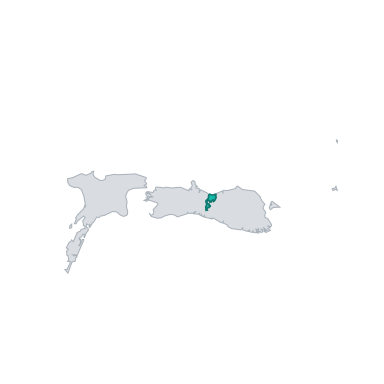 Timaru District, Canterbury, New Zealand (highlighted), rotated 235°
{"feature_id": "76426892B42496743885166", "entity_name": "Timaru District", "entity_type": "district", "adm_level": 2, "iso_a3": "NZL", "parent_name": "New Zealand", "parent_adm1": "Canterbury", "projection": "natural_earth1", "projection_center": [171.008, -43.976], "detail": "fine", "context": "in_parent", "style": "filled", "palette": "teal", "viewbox_px": 384, "rotation_deg": 235, "n_neighbors": 0, "source": "geoboundaries", "source_scale": "gbopen_adm2", "svg_char_len": 6939}
<svg xmlns="http://www.w3.org/2000/svg" viewBox="0 0 384 384"><g transform="rotate(235 192 192)"><path d="M201.4,157.2L203.0,157.3L209.7,152.4L212.4,151.4L213.2,151.3L211.7,152.7L212.0,153.8L210.4,157.1L211.7,156.6L212.6,154.3L213.4,153.8L213.1,152.5L217.1,152.9L215.7,155.3L213.6,156.6L214.9,156.7L218.0,154.3L217.9,155.7L214.0,159.7L215.1,161.9L214.1,163.7L215.2,163.5L216.7,164.9L215.8,166.7L211.5,171.3L210.8,173.6L206.9,177.7L202.6,185.2L194.8,190.1L196.2,191.5L193.5,193.3L195.7,192.9L197.1,195.9L200.6,196.8L200.8,199.5L198.6,200.3L196.4,199.0L193.1,199.5L194.2,198.4L192.9,197.6L190.5,199.9L187.1,197.2L188.9,200.4L182.2,204.0L179.4,204.3L178.3,206.3L176.7,206.4L177.7,207.0L175.5,217.0L173.6,217.0L175.3,218.1L175.1,219.1L172.8,222.0L169.8,229.7L170.9,231.4L170.7,232.7L165.1,234.7L156.8,243.8L149.3,245.1L145.0,244.1L140.1,244.7L139.2,242.1L137.6,240.7L133.1,240.8L131.0,238.0L129.2,237.2L127.0,238.8L120.1,238.5L118.8,238.0L118.5,237.0L121.1,234.1L118.8,235.7L117.7,235.5L118.7,234.2L118.5,233.0L115.7,234.2L115.9,231.7L122.2,230.1L119.7,229.9L119.5,229.0L122.0,227.2L118.7,227.4L119.2,225.2L121.0,225.1L120.3,223.6L124.1,225.2L123.5,223.7L125.0,223.2L122.4,222.1L122.3,220.5L123.6,219.3L125.3,219.8L124.2,218.4L127.2,215.7L127.9,217.8L128.1,214.7L132.0,211.8L133.6,213.0L132.9,210.3L139.4,203.4L143.1,201.6L145.1,201.9L148.5,199.8L150.0,200.7L149.4,199.1L149.8,198.4L158.4,194.5L158.4,193.2L159.4,193.0L158.8,192.6L163.7,188.3L165.7,188.6L164.5,187.4L166.6,186.3L168.6,187.1L167.4,185.8L169.2,185.0L170.2,186.1L170.2,184.4L173.2,181.0L173.8,183.7L174.1,183.4L174.0,180.6L176.1,177.4L177.7,176.7L176.9,175.8L180.0,165.8L183.2,164.5L186.1,161.5L188.0,156.0L188.6,151.7L190.4,148.6L195.3,144.6L199.3,144.7L196.5,145.1L196.1,147.1L196.9,148.9L199.8,150.1L201.4,157.2ZM200.2,45.1L204.5,52.6L206.7,50.3L207.0,52.0L211.2,54.0L212.0,53.3L215.5,55.3L216.0,57.9L218.4,57.0L221.3,62.6L220.9,64.0L221.8,66.0L219.3,66.2L224.7,74.7L224.0,77.7L224.9,79.8L223.5,83.6L225.8,84.7L226.6,83.8L231.2,86.1L232.3,89.7L234.4,89.6L233.8,81.1L232.5,78.8L233.5,77.5L236.4,82.0L237.6,81.8L239.0,85.5L240.4,93.5L242.2,96.0L241.2,95.6L240.9,96.2L241.9,97.0L250.6,101.0L257.3,102.8L261.2,101.2L263.5,98.0L267.3,95.5L270.8,95.7L274.3,97.7L272.3,102.2L270.4,112.0L266.4,114.9L265.4,119.8L266.1,121.8L265.3,123.5L263.7,121.3L260.3,120.7L254.3,123.2L252.6,125.6L252.4,128.7L254.6,130.6L250.9,138.7L248.8,140.9L239.2,156.1L230.2,162.7L229.1,162.1L228.4,159.5L224.6,159.6L224.9,156.6L224.5,156.3L223.0,158.0L221.4,157.4L228.5,146.4L229.8,140.9L228.6,138.0L226.7,135.3L220.9,133.0L218.0,130.1L212.5,127.9L210.9,126.5L210.3,124.8L211.4,121.8L214.4,120.0L218.8,118.9L221.5,115.9L223.1,106.6L224.8,103.2L224.4,101.1L226.1,99.6L223.5,93.7L224.0,91.9L223.2,91.6L221.6,87.8L222.6,87.7L223.6,89.8L224.6,88.1L226.2,87.6L224.3,85.3L221.9,86.0L220.2,85.3L219.0,81.7L216.4,77.8L217.2,77.6L219.3,79.6L220.0,78.1L218.7,75.8L219.2,73.6L217.5,72.3L217.3,73.7L214.4,71.6L212.8,68.0L212.8,69.9L216.1,75.0L215.2,76.1L214.6,75.6L206.1,61.9L209.0,58.2L207.3,58.9L205.6,61.2L204.8,60.3L204.3,58.6L202.2,56.3L203.1,55.0L203.2,53.2L196.7,43.8L201.3,43.4L200.2,45.1ZM134.6,246.1L137.1,249.5L135.8,249.3L135.8,250.0L138.3,250.8L138.4,252.3L129.2,255.3L132.7,249.6L132.4,246.2L134.6,246.1ZM113.3,311.1L114.1,313.2L111.2,312.1L109.7,312.6L112.0,310.5L112.3,308.3L114.3,308.6L113.3,311.1ZM234.3,72.5L234.7,75.1L232.0,73.2L231.9,71.8L232.6,70.9L234.3,72.5ZM212.0,150.4L210.3,151.3L210.7,149.2L212.7,147.9L212.0,150.4ZM118.8,229.2L118.6,230.4L116.1,229.9L118.0,228.5L118.8,229.2ZM151.1,339.5L151.8,340.3L150.5,340.6L149.1,339.4L151.1,339.5ZM121.7,221.4L122.3,223.4L120.6,222.4L121.7,221.4Z" fill="#d9dde1" stroke="#a8b0b8" stroke-width="1"/><path d="M168.4,193.3L168.2,193.3L168.3,193.3L168.3,193.5L168.5,193.6L168.8,193.7L168.7,193.8L168.8,193.9L168.7,194.0L168.9,194.0L168.9,194.3L169.0,194.4L169.2,194.5L169.3,194.6L169.5,194.6L169.7,194.8L169.8,194.8L169.9,194.7L170.1,194.8L170.0,195.1L169.9,195.1L170.0,195.2L170.0,195.3L170.1,195.5L170.2,195.8L170.1,196.0L169.9,196.2L169.8,196.3L169.8,196.5L169.7,196.6L169.8,196.7L169.6,196.9L169.7,197.1L169.5,197.3L169.6,197.5L169.6,197.8L169.6,198.0L169.8,198.2L170.0,198.2L170.2,198.3L170.2,198.5L170.0,198.8L169.9,198.9L170.0,199.0L170.4,199.1L170.5,199.1L170.6,198.8L170.7,198.7L170.8,198.6L170.8,198.4L171.1,198.5L171.2,198.4L171.3,198.4L171.5,198.5L171.7,198.8L171.8,198.9L171.9,199.0L172.1,199.0L172.2,198.9L172.3,198.9L172.5,198.9L172.5,198.7L172.9,198.5L173.0,198.4L173.3,198.3L173.4,198.2L173.6,198.0L173.7,197.9L174.0,197.9L174.1,198.0L174.3,198.1L174.5,198.0L174.8,198.1L174.9,198.3L175.0,198.4L175.1,198.5L175.3,198.5L175.5,198.6L175.5,198.8L175.8,198.9L175.9,199.0L176.0,199.2L176.2,199.4L176.3,199.5L176.5,199.6L176.4,199.8L176.5,200.0L176.4,200.1L176.5,200.2L176.5,200.3L176.4,200.3L176.5,200.4L176.4,200.4L176.2,200.3L175.8,200.3L175.8,200.5L175.9,200.8L176.0,200.8L175.9,200.9L175.7,200.9L175.6,201.0L175.4,201.0L175.2,200.9L175.1,201.0L175.0,200.9L174.9,201.0L174.7,201.2L174.7,201.3L174.4,201.4L174.2,201.4L173.8,201.2L173.7,201.0L173.6,200.9L173.4,200.8L173.4,201.1L173.5,201.2L173.5,201.4L173.5,201.5L173.4,201.5L173.2,201.5L173.2,201.8L173.2,202.0L172.9,202.2L173.1,202.3L173.1,202.5L173.3,202.6L173.5,202.8L173.3,203.0L173.2,203.1L173.3,203.2L173.4,203.3L173.4,203.5L173.4,203.8L173.5,204.1L173.6,204.3L173.6,204.5L173.6,204.8L173.4,204.9L173.1,204.8L172.8,204.8L172.7,204.7L172.4,204.6L172.2,204.5L172.2,204.4L171.9,204.3L171.9,204.6L172.0,204.8L171.8,205.0L171.9,205.5L172.0,205.5L172.0,205.8L172.2,206.0L172.3,206.1L172.3,206.4L172.4,206.5L172.5,206.6L172.7,206.8L172.7,207.0L172.8,207.0L172.9,207.3L173.0,207.4L173.1,207.5L173.1,207.8L173.3,208.2L173.4,208.3L173.5,208.3L173.6,208.6L173.8,208.6L174.1,208.5L174.3,208.8L174.5,208.9L174.5,209.0L174.8,209.1L175.1,209.3L175.4,209.6L175.5,209.8L175.8,210.0L176.4,210.3L176.6,209.9L176.9,209.5L177.0,209.4L177.0,209.2L176.9,209.1L177.0,208.9L177.0,208.7L177.1,208.4L177.1,208.5L176.9,208.5L177.0,208.4L177.0,208.5L177.0,208.4L176.9,208.4L176.9,208.5L176.9,208.4L176.9,208.2L177.1,207.9L177.9,207.0L178.2,206.7L179.1,205.9L179.5,205.6L180.2,205.2L180.0,204.4L179.9,203.9L179.8,203.7L179.7,203.6L179.4,203.4L179.0,203.0L178.9,202.9L178.7,202.8L178.5,202.7L178.0,202.3L177.8,202.1L177.6,201.9L177.5,201.6L177.5,201.3L177.4,201.1L177.2,200.6L177.2,200.3L177.0,200.0L177.1,199.8L177.0,199.6L177.0,199.4L177.0,199.2L177.0,198.9L176.9,198.8L176.9,198.7L176.7,198.4L176.7,198.2L176.4,198.1L176.2,197.9L176.0,197.7L175.9,197.7L175.6,197.8L175.3,197.7L175.2,197.6L174.9,197.4L174.7,197.3L174.5,197.2L174.0,197.2L173.5,196.8L173.3,196.7L173.2,196.6L172.9,196.1L172.7,196.0L172.6,195.9L172.6,195.7L172.3,195.2L172.1,194.8L171.7,194.4L171.3,194.3L171.0,194.2L170.7,194.1L170.4,194.0L170.2,193.7L169.9,193.5L169.8,193.4L169.8,193.2L169.6,193.1L169.3,193.1L169.0,193.3L168.8,193.2L168.7,193.1L168.6,193.3L168.4,193.3L168.4,193.3Z" fill="#14b8a6" stroke="#0f766e" stroke-width="1.5"/></g></svg>